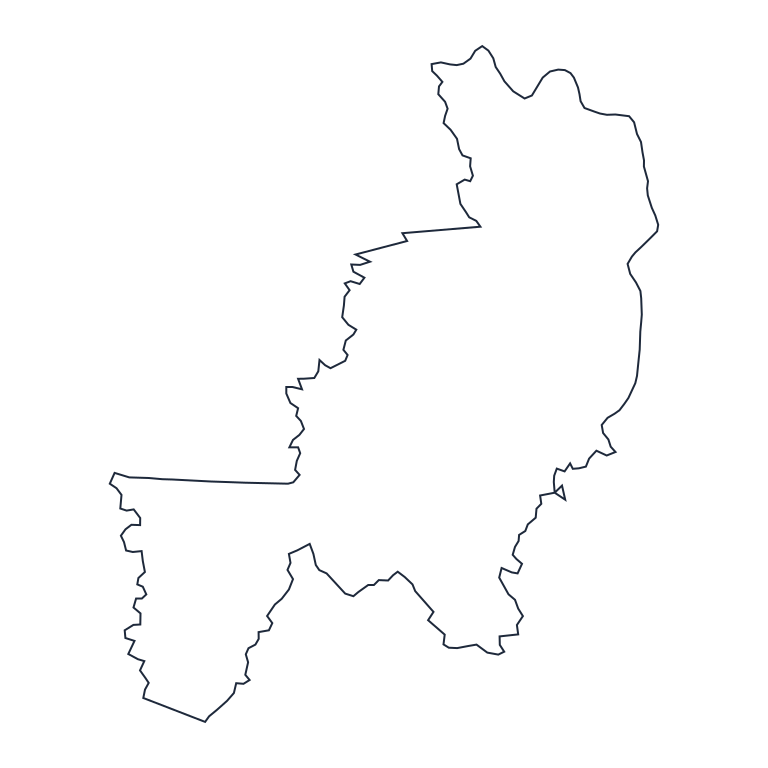 Nova Aurora, Paraná, Brazil
{"feature_id": "56859067B33155815190139", "entity_name": "Nova Aurora", "entity_type": "district", "adm_level": 2, "iso_a3": "BRA", "parent_name": "Brazil", "parent_adm1": "Paraná", "projection": "orthographic", "projection_center": [-53.289, -24.494], "detail": "fine", "context": "isolated", "style": "outline", "palette": "slate", "viewbox_px": 768, "rotation_deg": 0, "n_neighbors": 0, "source": "geoboundaries", "source_scale": "gbopen_adm2", "svg_char_len": 3543}
<svg xmlns="http://www.w3.org/2000/svg" viewBox="0 0 768 768"><path d="M120.9,535.7L124.0,542.1L126.1,550.5L132.8,552.0L141.6,551.1L142.8,561.0L144.9,572.0L138.4,578.0L137.3,584.4L142.8,586.7L146.3,594.4L141.9,598.5L136.1,598.5L133.5,607.5L140.5,613.4L140.3,624.5L133.4,624.9L124.7,630.3L125.4,638.0L134.5,640.9L128.3,654.0L137.9,659.2L144.3,661.1L140.0,670.4L145.5,678.1L148.7,682.9L145.0,689.6L143.3,698.0L205.1,721.9L209.1,716.3L217.0,709.8L227.1,700.8L233.9,693.0L236.2,683.2L243.5,683.8L249.6,680.0L245.3,674.8L248.1,662.3L245.8,654.3L248.5,648.2L255.4,644.6L258.7,638.9L258.6,632.1L268.9,630.3L272.3,623.1L267.1,616.0L274.9,604.5L281.7,598.8L288.9,589.5L293.0,579.1L287.5,569.9L290.5,562.9L288.9,553.9L297.2,550.4L309.7,543.9L313.4,553.9L315.8,565.0L319.3,570.1L326.6,573.4L345.2,593.6L353.4,596.2L358.4,592.0L368.2,585.0L373.9,585.0L378.8,580.1L388.1,580.5L393.1,575.2L397.7,571.7L404.7,577.0L412.5,584.4L415.2,591.1L433.5,611.9L428.1,620.2L444.7,634.6L443.5,644.4L448.8,647.7L457.2,648.1L468.3,646.0L476.5,644.6L487.3,652.6L498.3,654.6L504.2,651.7L499.8,644.9L499.6,636.4L518.2,634.4L516.9,625.0L522.9,616.1L518.2,608.6L515.0,599.8L508.5,594.3L499.2,577.6L501.6,568.0L511.8,572.4L517.6,573.4L522.0,563.8L516.4,559.0L512.7,554.8L515.0,546.9L518.6,541.0L519.1,534.9L525.3,531.0L527.8,524.4L535.7,517.7L536.5,508.7L541.3,503.8L540.1,495.5L548.5,493.9L554.7,492.7L553.8,482.0L554.2,475.7L556.8,468.6L564.6,471.4L570.1,463.4L572.8,468.8L578.9,468.3L585.9,466.6L589.1,458.6L596.4,450.7L606.7,455.5L615.5,452.0L610.7,446.7L608.4,439.5L603.1,433.0L601.7,425.0L607.6,417.8L614.6,413.7L619.5,410.2L624.3,403.9L628.4,398.0L635.3,383.2L637.0,375.9L638.5,361.1L639.7,349.6L640.3,331.6L641.2,322.0L641.8,314.6L641.2,298.3L640.4,291.0L636.0,282.5L630.2,273.9L627.6,263.9L631.9,256.6L635.4,252.4L640.9,247.3L648.5,239.9L657.1,231.3L658.2,224.8L655.3,215.5L651.8,207.8L647.8,195.4L647.1,188.3L648.0,181.2L643.9,166.5L644.0,160.4L642.5,152.3L641.0,142.0L637.0,134.0L634.1,122.3L629.1,116.2L615.4,114.5L606.9,114.8L599.9,113.5L594.4,111.6L584.5,108.0L580.6,101.2L579.5,94.2L578.0,87.5L573.9,77.6L570.5,73.1L564.9,70.1L558.2,69.6L550.0,71.5L542.7,77.6L531.9,95.5L524.6,98.5L513.2,91.3L504.4,81.3L500.2,73.7L495.7,67.0L493.3,58.3L488.4,50.6L482.2,46.1L475.2,50.8L470.5,58.6L463.4,63.7L456.7,65.1L450.0,64.4L440.9,62.4L431.6,64.1L432.2,71.1L436.9,75.6L442.4,81.9L439.0,86.4L438.3,94.2L445.1,101.8L447.6,108.7L445.1,115.9L443.6,123.1L450.6,129.8L457.0,138.8L459.1,149.1L462.5,155.4L470.7,158.3L470.1,166.3L472.9,175.7L470.2,181.2L464.7,179.6L456.7,184.3L458.4,193.3L460.4,203.9L466.0,212.2L469.2,217.3L476.3,220.9L480.4,226.7L402.4,233.2L407.1,241.0L355.6,254.5L362.9,258.2L370.0,261.7L360.1,264.9L351.3,264.5L353.4,271.7L364.4,277.7L359.7,284.0L350.6,281.2L344.8,283.4L349.6,290.2L344.6,296.7L343.9,305.5L342.2,317.2L348.4,324.8L356.3,329.7L353.4,334.5L345.8,340.5L343.4,349.8L347.6,355.0L345.2,360.8L335.9,365.5L330.5,368.2L325.1,365.2L319.5,360.0L318.3,371.3L314.3,378.0L304.2,378.7L298.1,378.8L302.0,389.3L292.4,387.0L286.3,387.0L286.3,393.5L290.4,403.0L298.1,408.2L296.2,415.9L300.9,421.0L304.0,429.0L299.4,434.9L293.0,439.9L289.4,447.3L298.1,447.3L300.2,453.2L296.8,460.9L295.1,469.9L299.6,474.9L293.3,482.3L288.0,483.7L244.8,482.7L228.6,482.1L210.9,481.5L172.4,479.5L162.3,479.2L148.8,478.0L129.3,477.4L114.6,472.9L109.8,483.7L116.5,488.2L121.5,494.9L120.3,508.5L126.6,510.6L133.7,509.4L140.2,518.0L140.1,525.1L131.4,524.8L125.5,529.3L120.9,535.7ZM554.7,492.7L565.2,499.7L562.0,485.6L554.7,492.7Z" fill="none" stroke="#1e293b" stroke-width="2"/></svg>